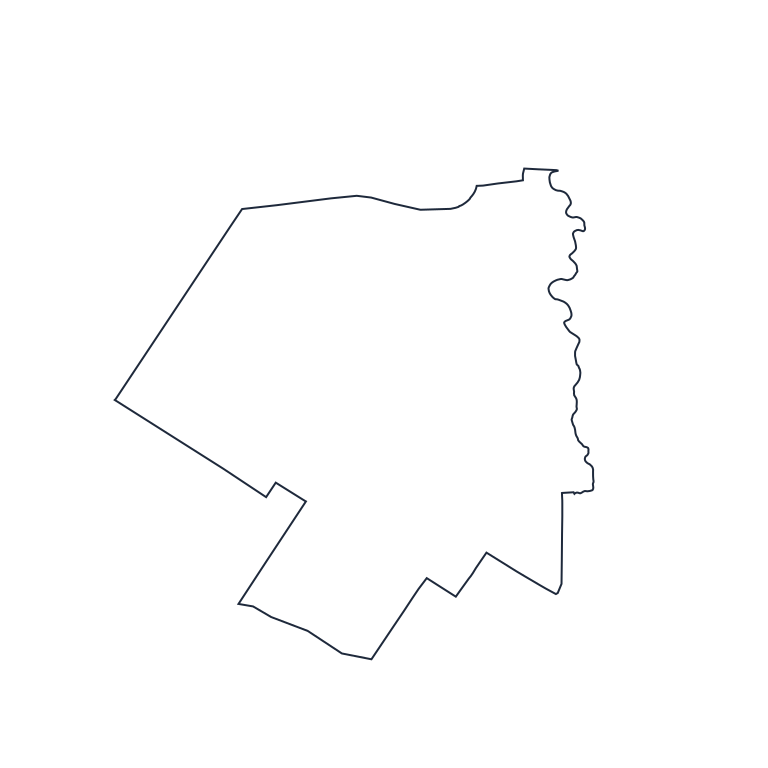 outline of Frumoasa, Teleorman, Romania, rotated 23°
{"feature_id": "2599482B40273657250889", "entity_name": "Frumoasa", "entity_type": "district", "adm_level": 2, "iso_a3": "ROU", "parent_name": "Romania", "parent_adm1": "Teleorman", "projection": "natural_earth1", "projection_center": [25.466, 43.78], "detail": "fine", "context": "isolated", "style": "outline", "palette": "slate", "viewbox_px": 768, "rotation_deg": 23, "n_neighbors": 0, "source": "geoboundaries", "source_scale": "gbopen_adm2", "svg_char_len": 4521}
<svg xmlns="http://www.w3.org/2000/svg" viewBox="0 0 768 768"><g transform="rotate(23 384 384)"><path d="M410.2,641.1L450.5,648.5L473.3,643.7L480.0,642.3L487.5,603.2L491.0,585.3L493.9,569.4L495.9,559.1L499.2,546.0L533.2,551.7L534.8,544.4L538.1,529.9L538.9,527.1L539.7,523.2L540.5,517.6L544.2,499.2L579.2,504.7L588.8,506.0L606.3,508.3L612.9,509.1L624.3,510.2L625.6,508.5L625.5,498.6L616.6,476.9L606.5,452.5L599.9,436.3L594.9,424.5L593.5,421.3L591.8,417.8L590.4,414.8L590.7,414.6L600.8,409.6L602.2,410.7L602.4,410.2L603.1,409.3L603.5,408.9L604.1,408.5L605.3,408.2L606.8,408.1L607.4,407.9L607.8,407.5L608.4,406.8L609.5,405.2L610.5,404.2L611.3,403.8L612.1,403.6L612.8,403.4L613.5,403.1L615.3,402.0L616.8,400.8L617.2,400.4L617.4,400.1L617.4,399.5L617.5,398.9L617.3,398.2L617.2,397.7L616.3,396.1L615.4,394.6L615.3,394.2L615.2,393.3L615.2,392.4L614.9,391.7L614.5,390.9L613.9,390.0L612.4,387.0L610.6,382.8L610.0,381.2L608.9,379.7L608.2,379.1L607.3,378.5L605.7,377.9L604.6,377.5L603.5,377.5L602.0,377.3L600.1,376.6L599.2,376.0L598.6,375.3L598.1,374.5L597.9,373.4L597.8,372.5L598.0,371.7L598.9,370.2L599.1,369.1L599.2,367.9L599.0,367.2L598.4,366.0L597.8,364.3L597.2,363.5L596.7,363.1L595.9,363.0L595.1,363.0L594.0,363.2L593.1,363.4L592.4,363.4L591.6,363.2L590.5,362.5L589.7,362.0L588.8,361.7L586.1,360.7L585.0,360.1L584.6,359.8L584.1,359.0L583.3,358.1L581.2,356.5L580.2,355.4L579.4,354.3L577.8,351.5L576.4,349.6L575.4,348.6L574.3,347.9L573.7,347.3L573.1,346.6L571.7,344.9L570.9,343.9L570.6,343.4L570.5,342.6L570.4,341.1L570.1,339.8L570.0,338.3L570.2,337.5L570.9,335.6L571.2,334.4L571.4,332.8L571.4,332.0L571.2,331.4L570.6,330.5L570.0,329.5L569.4,327.7L568.5,325.2L567.7,323.6L567.1,322.8L566.3,322.0L564.3,320.6L563.5,320.1L563.2,319.5L562.6,318.6L562.0,316.8L561.1,315.4L560.4,314.2L560.1,313.1L560.1,311.7L560.5,310.5L561.6,306.9L562.0,303.9L561.7,301.4L561.1,299.2L560.4,297.0L559.3,295.1L558.4,293.9L557.3,293.0L555.8,291.4L553.8,290.7L552.8,289.4L550.9,286.5L548.9,283.5L547.6,280.4L547.2,279.1L547.2,275.4L547.3,271.1L547.4,269.0L547.0,267.7L546.5,266.6L545.6,265.8L544.4,265.3L542.6,264.7L540.3,264.3L536.6,263.7L534.9,263.4L533.8,262.9L529.5,260.4L527.2,258.7L526.2,257.7L525.8,256.9L526.0,256.0L526.6,255.0L527.7,253.9L529.0,252.6L529.4,252.0L529.8,251.0L529.9,249.6L529.9,248.0L529.4,246.7L528.6,245.3L527.1,243.5L525.0,241.3L522.8,239.7L520.9,238.8L519.0,238.3L517.1,238.0L514.6,238.1L511.8,238.2L510.3,238.4L508.9,238.9L508.3,239.0L506.5,238.6L504.9,238.0L502.8,236.9L501.2,235.8L499.6,234.2L498.7,232.8L498.1,231.8L497.9,230.8L498.0,228.5L498.3,226.7L499.0,225.1L500.0,223.5L501.6,221.6L502.9,220.3L505.5,218.4L506.5,217.9L507.9,217.7L510.2,217.3L512.0,216.9L512.9,216.3L514.6,214.9L515.6,213.7L516.6,212.2L516.7,211.5L516.8,210.6L517.3,208.9L517.5,207.4L517.6,206.4L517.9,205.6L518.0,204.9L517.8,204.5L517.4,203.7L516.9,203.0L516.0,201.4L515.2,200.0L514.2,199.1L513.0,198.3L510.1,197.0L507.2,196.1L505.8,195.2L505.0,194.5L504.8,194.0L504.8,193.4L504.8,192.7L505.2,191.7L506.1,190.2L507.3,187.3L507.8,185.3L507.8,184.5L507.6,183.6L506.5,181.5L504.2,178.1L501.3,174.9L500.1,173.3L499.6,172.6L499.2,171.8L499.2,170.5L499.4,169.5L500.1,168.4L501.5,166.9L502.8,166.2L504.9,165.8L507.0,165.7L507.7,165.5L508.2,165.0L508.5,164.2L508.6,163.3L508.4,162.5L508.0,161.7L507.2,160.6L506.5,159.8L506.1,158.9L505.3,157.2L504.5,156.4L503.4,155.8L501.6,155.1L500.3,154.7L498.4,154.7L496.4,154.9L495.4,155.3L494.5,155.9L493.3,156.7L492.4,157.1L490.5,157.3L487.8,157.2L486.5,156.7L485.6,156.1L484.9,155.5L484.4,154.6L484.1,153.2L484.1,151.7L485.0,147.8L485.5,146.3L485.5,145.5L485.4,144.7L484.9,143.6L484.0,142.4L480.0,139.0L477.5,137.6L476.0,137.2L474.4,137.0L472.6,137.1L470.7,137.3L468.5,138.1L466.4,138.4L464.2,138.2L462.8,137.9L461.7,137.4L460.3,136.4L457.9,133.6L456.4,131.1L455.4,129.0L455.1,126.7L455.1,125.4L455.5,124.2L456.1,123.3L458.1,121.6L460.1,120.3L461.2,119.5L459.1,119.8L453.9,121.7L442.1,126.1L428.9,130.9L429.7,135.9L430.0,136.9L430.4,138.0L432.3,142.2L426.7,145.7L410.5,154.9L397.6,162.7L391.9,165.4L392.2,167.1L392.4,168.5L392.4,169.7L392.4,171.5L392.0,174.3L391.5,176.3L390.7,178.8L390.7,179.8L390.2,181.2L389.4,183.0L388.1,185.4L386.3,188.2L384.8,190.0L383.8,190.7L383.7,191.2L383.4,191.8L381.1,193.8L376.8,196.8L349.4,209.4L323.4,214.1L299.3,217.4L285.4,221.4L262.7,233.8L215.6,261.2L185.0,278.4L180.9,299.6L142.9,502.7L142.4,503.9L268.7,524.7L319.7,534.2L322.9,517.1L356.9,522.5L358.0,522.6L345.1,592.8L336.0,643.3L350.4,639.9L371.2,642.6L410.2,641.1Z" fill="none" stroke="#1e293b" stroke-width="2"/></g></svg>